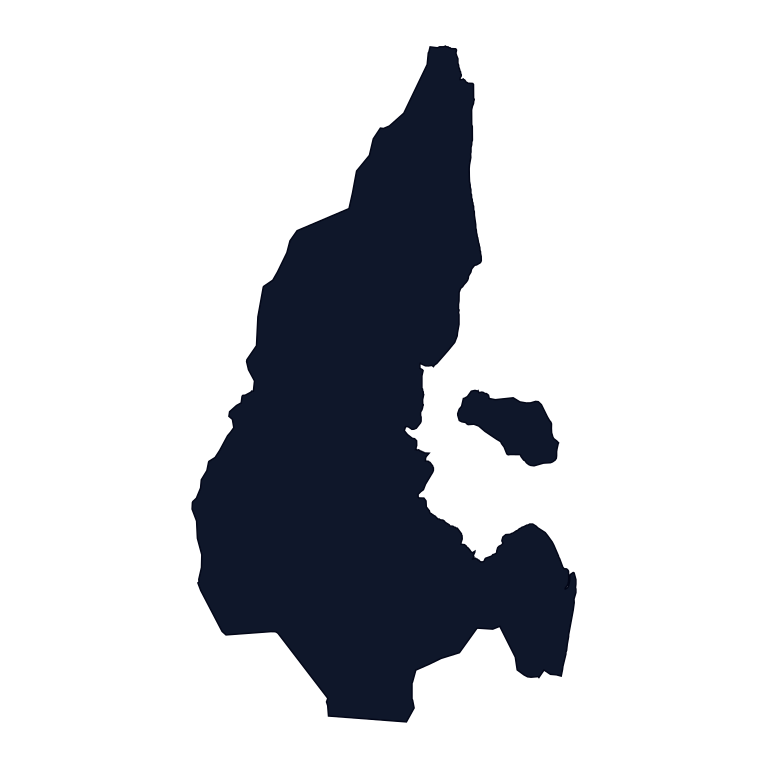 the district of Lelu, Kosrae, Federated States of Micronesia
{"feature_id": "79324940B37039931365827", "entity_name": "Lelu", "entity_type": "district", "adm_level": 2, "iso_a3": "FSM", "parent_name": "Federated States of Micronesia", "parent_adm1": "Kosrae", "projection": "equal_earth", "projection_center": [163.023, 5.336], "detail": "fine", "context": "isolated", "style": "filled", "palette": "ink", "viewbox_px": 768, "rotation_deg": 0, "n_neighbors": 0, "source": "geoboundaries", "source_scale": "gbopen_adm2", "svg_char_len": 6087}
<svg xmlns="http://www.w3.org/2000/svg" viewBox="0 0 768 768"><path d="M561.2,676.1L562.5,669.7L562.9,666.4L565.9,654.1L565.9,652.3L566.6,650.4L567.3,644.1L568.6,636.7L568.6,634.9L573.2,610.1L574.2,602.7L574.0,599.1L575.9,592.6L575.9,589.1L575.5,587.5L575.9,584.1L575.9,579.6L574.1,572.9L573.2,572.5L570.3,574.5L569.8,575.8L569.8,579.8L569.1,584.4L568.3,586.6L567.6,587.7L565.6,589.0L565.2,589.0L565.2,588.1L567.6,584.8L568.5,581.7L568.7,577.4L568.5,571.2L567.9,570.1L567.0,569.2L566.1,568.8L564.2,568.8L562.8,567.2L559.6,558.6L558.7,557.1L558.5,556.0L553.9,545.3L552.2,542.0L547.5,535.5L545.2,532.6L537.6,527.7L536.3,526.3L532.8,524.1L529.6,524.1L528.2,525.0L526.9,525.1L523.4,526.9L522.0,527.2L521.4,527.8L519.3,528.8L517.5,530.5L516.4,530.8L513.2,533.0L511.2,533.6L510.5,534.3L505.8,534.6L502.9,537.0L501.9,540.4L502.1,541.6L502.8,542.5L502.8,543.4L501.7,544.9L499.0,546.3L497.7,547.7L496.8,550.8L496.7,552.6L496.3,553.2L494.3,554.3L492.9,554.6L491.6,556.1L485.5,558.3L484.8,559.3L484.3,560.9L483.7,561.4L482.8,561.9L480.7,561.9L479.4,560.9L478.8,560.1L478.0,560.0L477.4,559.2L476.1,558.9L475.8,558.4L475.3,558.2L473.3,559.2L472.5,559.2L472.4,559.0L474.0,557.0L473.3,555.5L474.8,552.2L474.9,551.2L472.4,552.8L471.0,551.8L469.4,549.5L467.7,547.6L466.9,547.3L466.0,545.8L465.0,545.3L464.7,544.7L461.0,544.3L461.0,542.7L462.2,539.0L462.0,535.5L461.6,535.2L461.4,533.7L457.3,528.2L455.5,527.9L455.2,527.3L453.5,527.0L453.2,526.4L452.6,526.2L450.1,526.1L449.1,524.7L445.3,522.4L444.3,521.0L443.3,520.6L443.0,520.1L440.4,519.9L439.2,519.0L437.7,519.0L437.1,518.1L436.5,517.9L435.5,516.4L433.1,515.1L432.8,514.6L431.7,514.2L431.4,513.7L430.4,513.3L429.7,512.4L429.4,510.9L426.3,506.9L426.0,500.9L423.9,498.1L419.3,498.0L418.8,497.8L418.1,496.9L418.1,494.3L420.7,491.7L423.4,489.7L425.5,484.2L432.7,472.2L433.4,470.4L433.4,467.8L433.0,467.5L432.7,466.0L430.0,462.4L428.9,462.0L428.6,461.4L428.1,461.3L425.5,461.1L425.5,458.5L426.1,456.7L429.1,453.2L424.6,453.0L424.1,452.8L423.8,452.3L422.1,451.9L421.8,451.4L420.0,451.0L419.8,450.5L418.4,449.8L417.2,450.3L416.6,450.1L416.5,449.4L415.5,449.5L416.7,445.5L416.6,440.8L414.6,438.7L412.4,438.4L407.5,434.6L404.3,430.7L405.1,428.1L404.9,428.1L405.1,427.2L405.8,426.6L408.2,426.7L411.9,429.3L413.9,429.2L416.3,428.2L420.5,422.8L421.1,421.2L421.1,417.1L420.6,415.4L420.6,412.6L420.8,411.7L421.9,409.9L422.5,408.0L422.8,406.2L423.2,405.3L423.2,404.5L422.8,404.2L422.7,403.4L422.6,399.8L423.7,394.5L423.4,394.1L423.2,391.7L422.8,391.3L422.5,389.0L422.1,388.6L421.9,387.9L421.9,375.9L423.1,370.6L422.4,369.7L420.0,368.4L419.8,365.0L420.4,363.2L421.7,364.1L425.4,365.8L428.4,365.9L431.9,365.4L433.5,366.6L434.2,365.3L436.9,363.3L447.8,350.8L454.7,342.4L457.2,335.9L457.5,332.7L459.0,324.4L459.0,314.7L458.5,312.6L459.1,310.0L458.7,309.6L458.5,308.9L458.5,304.3L459.0,301.0L459.1,292.4L460.5,288.7L461.2,287.8L462.6,286.7L464.0,284.6L466.2,282.2L467.5,280.4L468.2,278.6L468.6,275.9L470.9,272.1L471.5,269.4L472.0,268.5L474.6,265.3L476.6,264.9L480.2,262.8L480.9,261.8L481.3,260.6L481.2,256.5L480.6,253.7L480.5,251.5L480.0,250.4L479.8,247.4L479.3,245.8L479.0,243.8L478.6,243.0L477.7,237.7L477.2,236.6L477.0,234.6L476.5,232.7L476.3,230.0L475.8,228.1L475.7,224.4L474.4,215.3L474.3,211.6L473.7,209.8L473.6,206.1L473.1,205.2L472.9,202.8L472.3,201.5L472.2,199.3L471.6,197.9L471.5,194.7L470.9,193.3L470.9,189.6L470.2,186.9L470.2,185.1L469.5,181.4L469.3,176.0L469.2,168.7L469.5,164.8L470.8,157.6L470.6,153.8L471.0,152.1L471.0,147.5L471.7,144.8L471.8,142.0L472.4,140.2L472.3,126.4L471.7,124.6L471.6,109.9L472.4,106.3L473.5,103.5L473.8,100.8L474.2,99.9L474.2,99.1L473.8,98.8L473.6,98.0L473.5,84.5L472.8,83.5L472.2,83.4L467.6,83.2L467.3,82.6L466.3,82.3L464.6,79.9L463.5,79.5L463.3,79.0L461.4,79.7L460.1,79.6L460.1,77.9L461.2,76.1L461.3,75.2L461.2,74.4L460.8,74.1L460.5,71.7L460.1,71.3L459.2,68.0L458.8,67.7L458.6,65.1L457.9,63.3L457.9,58.7L456.7,55.8L455.9,53.1L456.5,50.4L456.4,49.7L455.7,48.8L451.1,48.6L450.6,48.4L450.3,47.9L448.5,47.5L448.3,47.0L445.8,46.6L445.5,46.1L443.6,46.8L439.6,46.8L437.5,47.8L430.1,46.9L428.9,51.9L428.3,52.9L427.2,64.5L403.8,113.2L389.4,126.0L383.5,128.5L380.4,128.1L373.3,138.8L369.4,155.4L356.6,171.0L352.5,193.0L349.0,208.6L297.1,230.7L290.0,240.8L286.9,252.7L277.5,272.0L272.8,280.2L263.7,286.4L263.3,287.0L257.9,316.8L256.5,345.7L246.9,359.7L246.6,361.6L248.5,369.7L254.5,380.9L253.4,391.2L251.6,391.1L250.9,392.2L245.2,395.2L242.8,395.4L242.4,395.8L242.0,396.7L241.2,402.9L236.5,405.5L229.6,411.7L228.9,416.3L232.4,419.3L233.8,427.7L230.6,432.2L227.6,435.7L219.7,450.4L215.1,457.5L208.9,461.4L208.6,462.1L206.9,470.6L201.3,479.8L200.6,488.0L196.4,498.2L192.9,501.5L192.4,502.6L192.1,509.1L196.6,521.0L197.4,538.3L201.8,554.7L201.5,567.5L198.8,579.3L199.0,581.9L197.9,582.9L200.8,590.6L222.1,631.4L226.0,634.9L270.9,631.6L275.2,631.7L276.7,632.3L278.1,633.4L327.8,698.3L326.5,701.9L327.7,705.6L328.5,716.0L406.4,721.9L414.1,708.0L412.6,700.2L412.0,698.9L412.0,683.3L412.6,681.8L415.8,670.1L429.6,664.0L441.1,658.4L459.4,652.7L476.7,628.6L477.5,628.1L492.8,629.1L499.8,626.3L515.3,657.1L517.2,669.9L524.0,674.9L527.6,676.8L531.1,677.2L538.1,676.6L538.9,677.5L544.0,670.0L550.4,674.3L556.4,674.8L561.2,676.1ZM556.3,458.3L556.6,455.8L556.6,451.6L557.0,449.0L558.2,443.6L558.6,442.9L556.9,441.1L553.8,438.7L552.9,437.2L551.6,432.7L551.4,428.3L551.5,423.9L550.9,422.2L549.5,420.5L547.4,416.9L541.4,404.7L538.3,401.7L535.6,401.4L530.5,402.9L526.4,403.0L519.9,401.9L513.2,397.8L495.3,399.7L489.2,398.5L488.5,395.2L486.5,393.6L484.7,393.5L483.5,392.5L481.8,392.1L478.9,392.7L478.1,390.7L477.7,391.1L475.0,390.4L471.3,391.2L467.4,396.6L464.2,398.4L463.4,398.5L461.6,406.3L459.2,409.2L457.7,413.6L457.8,415.4L459.3,420.5L461.9,421.8L465.8,422.5L466.5,423.6L468.1,424.6L473.9,424.2L478.7,426.0L485.0,431.4L496.6,439.2L500.3,441.4L501.0,442.2L501.5,443.5L504.1,447.0L506.8,453.8L507.5,454.5L508.7,454.8L509.8,454.5L519.9,454.6L520.6,455.2L521.0,456.5L523.7,460.1L524.8,460.5L526.5,462.8L528.8,464.6L530.7,465.4L534.1,465.8L543.5,463.1L550.5,462.7L552.5,461.9L555.1,460.1L556.3,458.3Z" fill="#0f172a" stroke="#020617" stroke-width="1.5"/></svg>